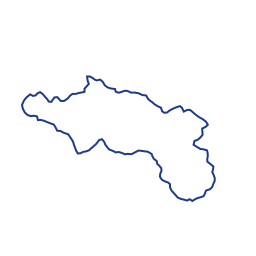 Pedra Bonita, Minas Gerais, Brazil, rotated 302°
{"feature_id": "56859067B30367542066922", "entity_name": "Pedra Bonita", "entity_type": "district", "adm_level": 2, "iso_a3": "BRA", "parent_name": "Brazil", "parent_adm1": "Minas Gerais", "projection": "orthographic", "projection_center": [-42.378, -20.47], "detail": "fine", "context": "isolated", "style": "outline", "palette": "blue", "viewbox_px": 256, "rotation_deg": 302, "n_neighbors": 0, "source": "geoboundaries", "source_scale": "gbopen_adm2", "svg_char_len": 2251}
<svg xmlns="http://www.w3.org/2000/svg" viewBox="0 0 256 256"><g transform="rotate(302 128 128)"><path d="M79.8,99.0L81.6,101.3L83.9,102.5L85.8,104.7L88.5,106.8L91.2,107.5L93.8,108.4L97.9,109.5L102.4,109.9L104.7,111.8L103.6,115.2L101.8,117.7L100.9,120.1L99.8,123.3L100.6,127.5L100.8,130.5L102.7,132.8L103.6,136.0L104.1,139.4L105.8,141.2L107.6,144.8L111.5,147.1L114.5,148.9L115.7,151.4L116.9,154.2L118.2,156.8L118.5,159.4L118.4,162.0L116.9,163.8L115.6,166.1L115.2,169.8L113.1,171.8L112.6,174.4L111.6,177.4L109.5,179.1L106.2,179.6L103.6,180.9L102.1,184.1L102.3,187.8L103.0,190.6L102.6,193.4L99.8,195.2L97.9,198.3L97.1,201.3L96.3,204.1L95.4,206.9L95.9,210.4L97.0,213.8L97.8,216.6L100.2,217.9L100.3,221.3L103.7,222.9L106.3,224.9L108.4,226.8L110.3,228.2L112.9,228.0L116.3,227.3L119.4,229.9L122.7,230.7L125.6,230.0L129.0,229.6L131.5,228.1L133.5,225.6L135.3,222.8L137.9,222.1L140.6,220.8L141.1,217.1L141.5,213.2L143.7,211.6L146.2,210.7L149.0,208.8L150.9,206.8L150.0,203.5L148.6,200.6L148.5,196.0L148.5,192.5L152.3,191.2L154.8,193.3L158.7,194.5L161.8,194.8L164.2,193.1L166.8,191.2L170.3,193.3L173.0,194.0L174.6,191.0L175.1,186.9L174.9,184.0L174.9,181.4L175.3,177.2L175.9,173.6L176.2,171.1L174.9,168.8L171.5,166.6L173.7,163.1L174.1,160.5L171.6,158.3L168.2,155.9L164.9,154.0L161.8,152.9L160.1,150.6L160.3,148.1L162.7,145.1L162.2,141.6L162.2,137.7L162.7,135.2L162.8,132.6L163.3,129.6L165.2,126.2L163.6,122.8L163.1,118.7L161.7,115.1L159.6,111.8L159.1,107.8L157.7,105.3L155.5,103.7L152.9,101.3L152.3,98.3L154.2,96.3L152.6,93.0L151.6,89.3L151.9,85.7L153.8,82.1L154.3,78.7L151.8,76.3L151.4,73.9L151.7,71.2L151.4,68.2L150.0,66.0L148.0,67.6L146.2,69.3L144.7,71.4L141.6,70.9L138.4,70.3L135.5,71.9L133.6,69.9L131.5,67.6L129.0,65.4L127.6,62.9L124.9,61.8L121.5,61.3L119.2,60.5L117.0,59.4L115.3,56.6L116.7,51.7L114.9,49.4L112.5,49.3L109.5,49.1L108.4,46.7L109.6,44.4L110.5,41.0L111.6,37.8L111.8,34.4L109.2,32.8L106.6,32.3L104.8,30.3L104.7,27.2L100.8,25.9L98.3,25.4L95.4,25.3L91.4,25.9L88.7,28.5L86.5,32.2L85.8,35.6L86.5,39.3L88.6,41.8L89.6,44.6L87.0,47.4L88.5,49.5L89.5,52.4L90.1,55.8L90.7,59.2L91.6,63.2L90.2,66.1L88.2,69.3L89.7,72.5L89.9,76.2L91.0,80.5L89.4,84.3L87.3,88.6L85.1,91.1L83.5,93.2L81.3,96.0L79.8,99.0Z" fill="none" stroke="#1e3a8a" stroke-width="2"/></g></svg>